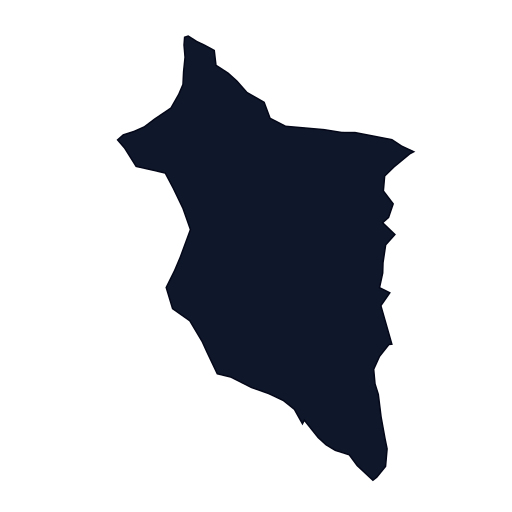 Agia Varvara Pafou, Paphos, Cyprus (Robinson projection), rotated 275°
{"feature_id": "46923920B68464989729960", "entity_name": "Agia Varvara Pafou", "entity_type": "district", "adm_level": 2, "iso_a3": "CYP", "parent_name": "Cyprus", "parent_adm1": "Paphos", "projection": "robinson", "projection_center": [32.509, 34.758], "detail": "fine", "context": "isolated", "style": "filled", "palette": "ink", "viewbox_px": 512, "rotation_deg": 275, "n_neighbors": 0, "source": "geoboundaries", "source_scale": "gbopen_adm2", "svg_char_len": 1190}
<svg xmlns="http://www.w3.org/2000/svg" viewBox="0 0 512 512"><g transform="rotate(275 256 256)"><path d="M42.8,392.0L46.2,395.6L57.7,403.4L75.3,403.4L85.8,400.3L106.7,394.6L128.8,389.9L139.0,385.7L153.4,383.1L166.8,387.8L179.4,396.1L180.0,399.0L217.4,384.7L231.0,392.5L235.2,381.8L250.1,383.7L260.4,383.1L278.4,384.2L289.5,392.5L300.2,379.2L306.0,384.7L319.9,388.1L331.9,377.2L346.9,377.2L356.8,385.7L371.2,400.3L373.6,404.0L378.2,391.4L383.7,381.3L385.4,365.2L387.6,344.0L386.5,330.7L387.8,312.7L387.8,299.7L387.8,286.9L387.8,274.1L394.4,258.0L409.8,250.7L418.1,232.7L428.5,221.8L435.7,212.3L442.5,199.5L457.1,196.5L461.5,186.4L464.5,178.3L469.2,169.3L467.7,165.8L459.9,165.9L447.8,168.0L433.2,167.8L420.5,168.3L410.4,165.0L396.0,158.4L383.6,143.1L375.0,133.6L369.5,123.7L365.1,113.2L359.6,108.0L352.0,115.8L334.8,128.8L332.7,144.6L330.7,158.4L316.3,167.7L297.1,179.1L276.6,188.4L248.3,180.7L234.4,176.2L216.8,169.3L196.3,177.5L185.7,195.7L166.0,209.9L156.6,215.2L135.3,227.7L133.2,241.5L124.6,263.0L120.1,280.5L114.4,295.9L106.6,307.6L92.9,316.9L96.7,318.4L80.5,333.8L74.0,342.3L69.3,351.9L66.1,366.2L56.0,375.1L42.8,392.0Z" fill="#0f172a" stroke="#020617" stroke-width="1.5"/></g></svg>